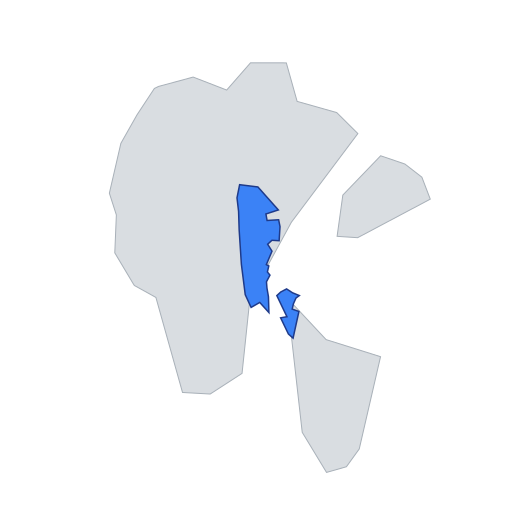 Hong Kong S.A.R., with Tsuen Wan highlighted, rotated 283°
{"feature_id": "HKG-5165", "entity_name": "Tsuen Wan", "entity_type": "state/province", "adm_level": 1, "iso_a3": "HKG", "parent_name": "Hong Kong S.A.R.", "parent_adm1": "", "projection": "orthographic", "projection_center": [114.074, 22.367], "detail": "fine", "context": "in_parent", "style": "filled", "palette": "blue", "viewbox_px": 512, "rotation_deg": 283, "n_neighbors": 0, "source": "natural_earth", "source_scale": "10m", "svg_char_len": 1190}
<svg xmlns="http://www.w3.org/2000/svg" viewBox="0 0 512 512"><g transform="rotate(283 256 256)"><path d="M199.9,144.1L202.1,141.9L227.3,117.7L264.6,110.7L284.2,99.0L335.4,99.0L366.8,108.3L396.4,119.3L399.3,122.9L416.2,154.5L411.1,190.1L443.0,207.2L451.0,242.1L415.9,261.3L413.9,302.4L398.2,327.7L296.9,282.9L213.5,259.6L138.5,268.8L111.2,242.4L106.5,215.1L193.1,167.8L199.9,144.1ZM185.9,400.0L91.2,400.0L71.0,391.5L61.0,373.4L94.6,340.7L222.2,295.7L190.3,343.1L185.9,400.0ZM370.1,399.9L350.6,413.0L296.7,350.9L293.4,330.6L334.9,326.9L381.7,354.9L379.1,380.4L370.1,399.9Z" fill="#d9dde1" stroke="#a8b0b8" stroke-width="1"/><path d="M276.1,275.1L274.9,268.0L270.1,264.7L264.3,270.5L249.9,268.0L249.2,270.7L243.0,270.7L240.5,273.9L233.2,272.0L227.2,273.9L219.1,277.3L203.8,281.3L211.6,270.1L204.8,262.8L215.9,254.2L244.7,243.6L277.7,233.7L295.5,229.0L308.4,224.4L321.8,224.0L323.7,242.3L305.9,267.4L299.2,256.2L293.1,258.8L296.4,269.9L290.0,272.8L276.1,275.1ZM184.3,310.6L187.3,305.1L201.3,293.9L203.8,299.8L222.1,285.2L226.5,288.2L230.8,293.2L228.4,299.8L227.2,307.1L224.0,304.4L217.8,303.2L212.4,303.2L211.6,310.3L184.3,310.6Z" fill="#3b82f6" stroke="#1e3a8a" stroke-width="1.5"/></g></svg>